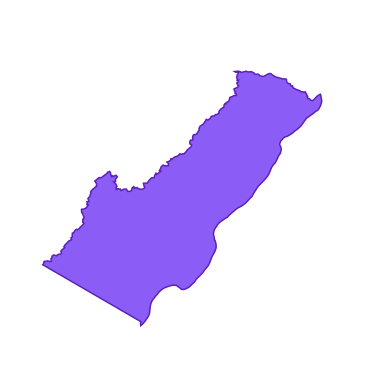 La Guadalupe, Guainía, Colombia (Equal Earth projection), rotated 50°
{"feature_id": "7082276B7133073110314", "entity_name": "La Guadalupe", "entity_type": "district", "adm_level": 2, "iso_a3": "COL", "parent_name": "Colombia", "parent_adm1": "Guainía", "projection": "equal_earth", "projection_center": [-67.046, 1.426], "detail": "fine", "context": "isolated", "style": "filled", "palette": "violet", "viewbox_px": 384, "rotation_deg": 50, "n_neighbors": 0, "source": "geoboundaries", "source_scale": "gbopen_adm2", "svg_char_len": 5943}
<svg xmlns="http://www.w3.org/2000/svg" viewBox="0 0 384 384"><g transform="rotate(50 192 192)"><path d="M127.1,81.9L128.6,81.4L128.9,80.9L129.3,80.4L130.0,79.3L130.9,80.3L131.2,82.0L132.1,82.9L132.8,84.1L135.1,85.0L135.5,85.7L136.2,84.4L136.8,85.4L137.5,86.1L137.3,87.6L139.2,88.3L140.8,88.1L141.0,90.1L140.0,93.6L142.6,94.6L143.2,94.5L143.8,95.5L144.4,95.6L145.1,95.0L146.5,95.8L145.9,97.1L145.1,97.6L144.8,99.8L144.0,101.5L144.0,102.4L144.4,102.8L144.9,103.7L145.9,104.8L146.0,105.9L145.5,108.2L146.3,109.2L145.5,110.0L145.9,111.4L147.4,113.0L147.0,116.6L147.5,119.3L149.0,120.9L148.6,123.3L147.8,124.2L148.0,126.3L146.7,127.7L146.6,129.0L147.4,130.9L147.0,133.7L145.5,134.3L146.0,135.5L147.2,139.6L146.8,143.6L147.8,145.8L149.3,146.7L149.4,147.4L149.3,147.9L149.8,148.9L150.1,150.0L150.7,151.3L149.1,154.2L150.3,156.3L152.4,157.5L152.5,158.5L151.3,159.8L151.7,161.0L153.7,162.7L155.6,162.0L156.5,162.8L156.8,164.9L156.7,165.7L156.8,167.3L156.7,168.9L157.2,170.1L157.6,173.2L156.1,176.1L154.9,176.6L155.1,178.2L155.1,179.7L155.0,180.9L154.8,180.9L154.4,181.9L153.9,183.2L154.0,186.1L152.9,186.8L153.9,188.0L153.8,188.6L153.7,190.0L152.9,192.0L155.1,191.8L155.5,192.4L156.7,193.1L155.5,195.0L154.4,195.5L154.4,196.1L152.8,196.8L152.9,198.3L152.8,199.2L154.0,201.3L154.7,203.3L156.1,202.6L155.9,203.9L155.9,206.0L155.9,207.6L154.4,207.5L155.5,210.2L156.7,211.6L155.9,212.8L155.1,213.8L155.5,217.5L156.4,220.5L155.7,221.5L154.0,223.6L155.5,224.3L156.3,224.9L157.1,224.8L158.0,225.1L158.3,225.8L158.4,226.7L158.2,226.9L157.8,228.7L157.5,229.0L156.7,229.5L156.3,230.1L155.5,230.6L154.7,231.2L153.5,231.0L152.8,232.2L152.4,232.7L152.1,233.8L151.2,233.1L150.4,233.3L150.5,235.6L151.7,236.9L152.0,238.6L151.0,239.7L150.4,240.8L147.4,240.4L146.7,241.6L145.9,242.5L145.5,245.4L143.6,245.1L143.2,245.8L141.6,246.7L141.6,247.4L141.3,248.4L139.3,246.7L139.3,245.7L136.4,245.1L133.9,245.5L134.7,243.7L133.9,243.2L132.7,242.0L132.8,240.5L132.2,239.3L130.3,239.5L129.3,242.6L128.9,243.1L128.5,243.7L128.1,242.6L126.7,243.3L125.0,242.1L123.3,241.8L123.1,243.2L122.5,243.8L123.1,245.3L122.7,252.3L121.1,254.1L121.2,255.7L121.1,256.8L121.2,258.3L121.1,259.4L124.7,259.9L125.4,261.0L126.2,261.5L126.1,263.6L126.2,265.4L126.1,266.9L126.8,269.8L128.1,270.3L128.5,271.4L129.7,273.0L130.1,275.9L133.1,277.1L132.4,278.2L131.9,278.7L133.1,279.2L134.0,280.6L135.2,279.6L136.2,283.5L135.8,284.5L135.4,286.2L134.3,287.5L134.6,288.2L135.4,288.7L137.0,289.8L138.5,289.7L139.7,290.3L142.4,291.1L142.8,293.4L143.6,293.9L144.8,295.1L146.6,294.9L147.1,298.1L147.0,300.2L147.6,301.7L147.2,304.1L146.3,304.5L146.2,306.4L146.6,307.6L147.1,308.8L146.6,310.2L149.3,312.5L149.3,313.3L149.3,314.2L151.1,315.0L150.3,318.0L150.9,323.3L151.3,324.3L151.6,325.4L152.9,325.3L152.7,329.2L153.2,330.6L155.1,331.4L155.1,332.6L154.5,333.5L153.9,334.2L153.6,336.9L151.3,338.4L151.2,340.5L152.4,341.6L152.4,342.9L154.7,344.4L153.4,345.9L152.0,346.8L150.9,348.9L150.1,349.8L150.5,350.5L151.1,351.2L151.7,352.2L151.8,353.1L258.5,314.5L259.8,316.0L261.4,317.2L261.5,315.4L260.9,311.4L260.5,309.7L260.2,309.0L259.7,307.1L259.0,305.0L257.9,302.9L256.6,301.4L254.8,299.6L253.0,297.7L251.0,295.1L249.7,292.6L249.2,290.6L248.8,288.3L248.3,286.4L248.0,284.0L247.4,281.4L247.3,278.3L247.4,276.0L248.0,273.9L249.5,269.7L250.9,266.9L252.4,265.0L253.9,263.9L258.0,262.9L259.8,262.6L261.5,260.9L262.3,258.5L262.9,256.0L262.9,253.6L262.7,251.1L262.6,248.2L261.6,244.9L260.7,235.3L259.7,232.0L259.4,229.7L258.8,226.9L257.6,224.0L255.6,220.5L254.3,218.1L252.5,213.2L251.3,211.1L250.2,209.3L248.2,207.7L245.9,206.3L244.2,205.6L242.8,205.3L240.5,203.9L237.9,202.6L235.8,200.0L234.4,196.9L234.2,195.3L233.5,193.7L233.1,191.3L233.1,188.6L233.4,185.9L233.6,183.2L234.1,181.4L233.7,178.5L233.5,170.1L233.7,167.0L234.7,162.8L234.9,157.5L234.2,152.1L233.9,148.6L232.7,145.9L230.6,139.1L230.1,137.1L229.9,134.2L229.1,127.1L228.5,124.5L227.7,121.6L226.1,118.5L224.5,115.6L223.4,112.1L223.2,109.6L221.3,105.1L220.4,103.4L219.7,101.6L219.3,99.8L217.9,97.7L216.4,96.0L214.6,95.0L212.8,94.7L211.6,94.0L209.8,90.9L209.8,89.0L209.5,88.0L209.5,85.9L210.0,84.5L210.6,83.0L211.3,78.9L211.5,76.2L211.3,74.6L211.7,70.4L211.5,68.0L211.5,66.7L210.8,63.4L209.9,60.2L209.1,56.9L209.5,51.7L209.6,50.4L209.8,48.2L209.8,47.2L209.7,46.2L209.8,45.1L210.0,44.2L210.1,43.3L210.0,42.1L209.7,40.9L209.2,39.7L208.5,38.2L207.9,37.1L207.0,35.7L206.3,34.7L205.5,34.0L204.4,33.3L202.5,32.3L200.7,31.1L199.5,30.9L199.0,34.2L199.7,40.6L198.4,41.8L197.8,42.2L197.4,42.2L197.1,42.0L196.7,42.0L196.1,42.2L195.7,42.2L195.4,42.7L195.2,43.1L194.2,43.1L193.8,43.0L193.6,42.6L193.4,42.1L192.9,41.8L192.7,41.8L192.4,42.2L192.1,42.2L191.5,41.7L191.1,41.4L190.5,41.3L188.8,41.2L188.6,41.1L188.3,40.8L188.1,40.8L187.9,41.1L187.8,41.7L187.6,42.0L186.5,42.7L186.1,43.1L185.8,43.5L185.6,43.7L184.8,44.0L184.3,44.3L183.8,44.3L183.5,44.4L183.4,44.5L183.1,44.9L182.9,45.0L182.5,45.2L182.0,45.2L181.7,45.3L181.3,45.8L181.1,46.0L180.6,46.1L177.7,47.4L177.2,47.5L176.5,47.5L175.7,46.9L175.2,46.8L174.6,47.7L174.2,47.8L173.6,47.7L172.6,47.3L172.2,47.3L171.8,47.5L171.4,47.9L171.1,48.1L170.0,48.6L169.4,48.8L168.9,48.7L168.4,48.5L167.3,47.9L166.8,47.5L166.6,47.4L166.2,47.3L165.7,47.5L165.3,47.8L164.5,48.9L163.8,49.7L162.6,50.4L160.8,51.8L160.1,52.2L159.5,52.7L158.9,53.1L158.3,53.6L157.6,53.8L156.9,54.2L156.3,54.5L155.0,54.8L153.6,55.3L152.2,55.5L151.8,55.7L151.6,55.9L151.3,56.1L151.0,56.6L150.6,57.5L150.3,58.6L150.2,59.8L149.8,61.6L149.4,62.8L149.1,63.2L148.7,63.6L148.2,64.1L147.2,64.8L146.8,65.2L146.4,65.4L146.1,65.4L144.9,65.3L144.3,65.5L144.1,65.7L143.6,66.5L142.4,67.9L142.0,68.1L141.5,68.2L140.8,68.0L140.5,68.0L140.1,68.2L139.6,68.5L138.5,68.9L137.9,69.2L137.5,69.7L137.0,70.8L136.6,71.3L135.6,72.2L135.0,72.5L134.5,72.8L134.0,73.2L133.9,73.4L133.8,73.8L133.7,74.2L133.1,75.4L132.7,76.1L132.4,76.8L132.2,77.2L131.8,77.5L131.0,77.6L130.7,77.9L130.2,78.1L129.8,78.4L129.3,78.9L129.1,79.0L127.1,81.9Z" fill="#8b5cf6" stroke="#5b21b6" stroke-width="1.5"/></g></svg>